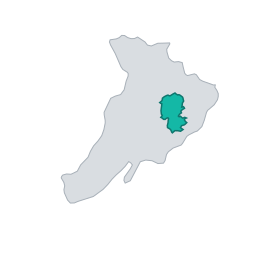 where Santiago sits in Dominican Republic, rotated 122°
{"feature_id": "DOM-1390", "entity_name": "Santiago", "entity_type": "Province", "adm_level": 1, "iso_a3": "DOM", "parent_name": "Dominican Republic", "parent_adm1": "", "projection": "mercator", "projection_center": [-70.906, 19.338], "detail": "fine", "context": "in_parent", "style": "filled", "palette": "teal", "viewbox_px": 256, "rotation_deg": 122, "n_neighbors": 0, "source": "natural_earth", "source_scale": "10m", "svg_char_len": 2410}
<svg xmlns="http://www.w3.org/2000/svg" viewBox="0 0 256 256"><g transform="rotate(122 128 128)"><path d="M45.8,168.1L46.0,159.2L47.4,155.5L46.1,151.7L40.4,147.7L36.9,142.4L33.8,137.8L34.5,137.1L40.7,136.9L42.9,135.2L47.1,130.5L47.9,126.7L47.6,123.8L44.9,120.3L43.8,116.7L47.1,113.5L51.5,108.9L52.1,107.1L52.0,105.3L46.9,100.4L46.6,98.3L48.9,93.0L48.7,89.5L46.3,78.5L45.2,76.8L47.5,75.9L49.0,72.6L51.0,69.7L53.6,68.1L56.6,67.1L62.6,67.2L70.8,69.8L73.2,69.7L81.1,67.4L87.7,66.1L93.8,67.6L96.3,69.6L101.5,72.7L104.0,73.7L112.1,73.6L114.3,73.9L121.1,79.1L126.8,81.2L130.1,81.3L136.0,79.3L139.0,79.3L142.3,83.8L143.0,90.2L145.8,96.0L150.1,99.7L171.5,98.1L176.2,101.2L174.6,103.7L171.6,105.0L161.4,104.4L157.0,104.7L156.1,107.2L156.1,109.6L162.0,110.1L167.8,111.3L173.8,113.1L179.8,114.4L186.6,115.2L193.2,116.6L204.4,121.1L216.7,131.5L220.0,133.8L222.2,137.1L221.1,141.1L216.7,147.6L214.2,149.7L210.6,151.0L208.1,153.6L205.7,158.2L204.2,158.6L202.5,158.4L199.6,155.8L197.4,151.8L191.5,148.1L184.4,148.6L174.0,146.4L167.7,147.5L161.4,147.7L155.0,146.6L148.5,146.2L142.1,147.6L135.8,150.0L133.5,151.5L129.4,155.2L127.3,156.6L112.0,158.4L107.7,155.7L103.6,152.0L97.7,151.5L89.2,154.4L83.9,155.4L81.7,156.7L81.1,158.1L81.1,163.3L79.8,166.4L71.6,178.3L66.9,186.7L64.9,189.3L62.7,189.9L58.6,185.1L56.0,183.3L52.8,182.4L51.4,179.9L51.5,176.2L50.6,172.7L48.7,169.9L45.8,168.1Z" fill="#d9dde1" stroke="#a8b0b8" stroke-width="1"/><path d="M108.6,87.8L108.3,88.9L107.6,89.7L106.9,90.9L106.6,92.3L106.7,93.5L106.7,94.7L105.9,95.3L105.2,95.9L102.4,96.8L99.9,98.1L98.6,98.5L98.2,99.6L99.5,100.6L101.0,101.0L101.8,102.4L101.5,104.3L101.6,105.8L100.3,105.6L99.2,105.6L98.5,107.1L95.8,109.2L92.6,110.7L91.0,111.4L89.5,112.2L89.8,113.3L89.6,114.6L88.3,114.1L86.9,113.7L85.7,114.0L84.5,114.6L82.2,113.8L79.9,112.4L78.9,111.5L78.8,110.1L78.3,109.3L77.5,108.9L75.4,107.9L73.4,106.7L73.7,105.0L73.6,103.3L72.8,102.5L72.6,101.4L72.7,99.7L72.9,98.1L73.6,97.1L74.6,96.3L75.2,95.5L76.0,95.0L77.0,95.1L77.9,95.1L79.8,94.2L81.8,93.5L81.3,93.0L80.6,92.5L80.8,91.4L81.4,90.5L82.9,91.3L84.4,91.9L85.1,92.1L85.9,92.0L86.3,91.3L86.8,90.7L88.9,91.6L91.2,91.6L91.4,90.6L90.2,89.7L90.6,88.2L90.6,86.7L89.9,86.2L89.1,85.8L88.7,84.8L88.6,83.8L89.9,84.7L91.2,84.5L92.0,82.8L92.3,81.0L93.9,81.4L95.3,81.8L96.5,82.8L97.6,83.8L99.9,83.7L100.1,80.5L102.9,81.7L103.9,84.3L105.4,86.8L108.6,87.8Z" fill="#14b8a6" stroke="#0f766e" stroke-width="1.5"/></g></svg>